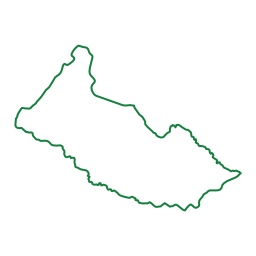 map outline of Caquetá (orthographic projection)
{"feature_id": "COL-1403", "entity_name": "Caquetá", "entity_type": "Intendancy", "adm_level": 1, "iso_a3": "COL", "parent_name": "Colombia", "parent_adm1": "", "projection": "orthographic", "projection_center": [-73.824, 1.133], "detail": "fine", "context": "isolated", "style": "outline", "palette": "green", "viewbox_px": 256, "rotation_deg": 0, "n_neighbors": 0, "source": "natural_earth", "source_scale": "10m", "svg_char_len": 5429}
<svg xmlns="http://www.w3.org/2000/svg" viewBox="0 0 256 256"><path d="M67.1,65.0L68.6,64.5L72.5,61.5L74.0,59.8L74.3,59.0L74.0,57.7L73.0,56.6L71.9,55.9L71.5,54.8L71.7,53.9L72.3,52.5L73.2,50.9L75.2,48.3L77.0,46.7L77.6,46.1L78.0,45.9L78.8,45.7L83.3,47.1L85.4,47.4L86.3,47.6L87.1,48.1L87.7,48.7L88.1,49.3L89.4,52.7L90.1,53.7L91.0,54.5L91.8,55.2L92.4,56.1L92.4,57.7L89.9,67.7L89.6,70.0L89.5,71.4L89.7,73.0L90.1,74.3L90.9,75.5L93.6,78.5L94.3,79.5L94.8,80.5L94.8,81.4L94.5,82.2L93.8,83.2L92.8,84.2L92.0,85.4L91.5,86.8L91.5,88.3L91.9,90.4L92.9,92.6L94.4,94.6L96.2,95.8L123.1,105.3L124.4,105.4L126.1,105.5L130.4,105.1L134.1,105.7L134.4,107.0L134.5,107.6L139.1,114.2L139.9,115.0L142.2,116.8L142.8,117.5L143.5,118.8L144.1,119.6L144.6,120.3L145.1,121.8L145.2,122.4L145.2,123.5L145.4,124.5L147.7,127.1L152.2,131.2L153.5,132.7L155.1,133.2L155.6,133.6L156.0,134.1L156.2,134.8L156.7,135.5L157.5,136.1L158.5,136.7L160.9,137.5L161.8,137.4L162.5,137.3L163.2,137.1L163.8,136.7L164.2,136.4L164.8,135.3L165.8,134.6L166.8,133.5L167.5,132.9L168.9,132.3L169.5,131.9L169.8,131.4L169.9,130.7L170.0,130.2L169.8,129.4L169.9,128.9L170.2,128.1L170.4,127.3L170.5,126.9L171.1,126.1L171.4,126.0L171.8,125.9L172.2,125.8L172.5,125.6L172.6,125.2L172.9,125.1L173.5,125.3L174.2,125.7L174.8,126.5L175.5,127.1L176.5,125.5L176.5,125.1L177.6,124.9L178.1,124.8L179.6,125.4L180.3,125.8L181.6,126.9L185.3,129.3L186.4,129.7L187.9,129.9L188.5,130.2L190.6,132.1L191.0,132.8L191.2,133.7L191.3,135.1L191.5,135.8L191.7,136.4L192.2,136.8L192.9,136.8L193.5,137.1L193.9,137.9L194.0,139.3L194.2,139.6L194.7,139.8L195.2,139.7L195.5,139.3L195.8,139.3L196.2,140.2L196.1,140.9L195.9,141.7L195.8,142.5L196.3,142.9L197.6,143.4L198.0,143.8L198.8,145.6L199.2,145.9L202.2,146.2L203.1,146.3L205.1,147.1L205.5,147.4L205.7,147.8L205.9,148.3L206.0,148.7L206.4,149.0L208.3,149.2L209.1,149.6L209.6,150.6L209.8,152.4L210.2,153.2L210.9,153.7L211.2,153.6L211.4,153.2L211.7,153.0L212.5,153.5L213.0,154.2L213.3,154.9L213.3,155.6L212.8,156.2L212.8,157.3L214.3,158.4L216.1,159.5L217.1,160.4L217.0,161.1L216.8,161.9L216.6,162.6L216.9,163.2L217.6,163.2L218.9,162.2L219.6,162.4L220.1,163.2L220.4,164.0L221.0,164.6L222.0,165.0L222.5,165.4L223.5,167.0L224.0,167.6L228.6,169.7L230.9,171.2L231.4,171.2L231.9,170.9L232.6,170.7L233.1,170.7L233.8,171.0L234.2,171.1L234.7,171.0L236.2,170.6L236.6,170.7L237.7,171.4L239.3,171.9L240.6,173.2L237.6,176.2L235.3,177.6L226.9,181.2L224.0,183.2L222.3,185.2L221.8,187.1L221.1,188.5L220.2,189.5L218.7,190.1L217.0,190.4L210.8,190.4L209.4,190.5L208.3,191.1L206.6,192.7L204.1,194.1L203.5,194.8L202.1,197.1L201.2,198.2L200.2,199.3L199.4,200.5L199.1,201.9L199.1,203.5L199.2,204.8L199.2,205.1L199.0,205.9L198.4,206.5L197.3,207.4L195.3,207.8L193.7,206.8L192.3,205.4L190.9,204.5L189.7,205.0L188.3,206.2L186.1,208.7L185.5,209.7L185.1,210.3L184.4,210.3L183.2,209.8L182.1,209.1L177.3,205.2L176.0,204.7L174.7,204.9L173.0,206.0L169.9,206.6L164.8,203.2L162.0,205.1L161.0,206.2L159.9,206.5L158.7,206.5L157.2,206.9L155.4,206.7L153.6,205.4L151.9,203.7L150.4,202.6L149.6,202.3L149.2,202.4L148.8,202.8L148.0,203.2L147.0,203.4L145.0,203.3L143.0,203.5L139.6,202.9L139.0,202.6L138.6,202.0L138.1,200.6L137.7,200.3L137.2,200.2L136.7,200.3L136.2,200.3L135.8,200.2L135.7,200.1L135.5,199.9L135.4,199.6L135.6,198.8L135.5,198.4L135.2,198.2L134.7,198.1L133.1,197.2L132.3,196.8L131.7,196.8L130.4,197.5L129.8,197.8L129.0,197.8L125.5,197.1L122.0,196.1L119.8,195.2L118.8,194.5L117.4,192.8L114.9,190.9L114.1,190.5L113.3,190.7L112.6,191.1L111.7,191.0L111.4,190.7L111.2,189.8L111.0,189.5L110.6,189.3L110.3,189.3L110.1,189.3L109.6,189.3L109.2,189.4L108.8,189.6L108.5,189.7L108.0,189.4L107.6,189.0L107.4,188.6L107.0,187.2L107.0,186.9L106.9,186.5L106.6,186.1L106.2,185.7L104.5,184.9L103.6,184.7L102.0,185.3L101.3,185.3L100.9,184.8L100.8,184.1L100.6,183.4L99.9,183.1L99.2,183.3L98.7,184.7L98.1,185.0L97.3,184.9L96.9,184.6L96.5,184.4L95.7,184.6L95.0,184.7L94.0,184.6L93.2,184.3L92.5,183.9L92.3,183.5L92.0,182.5L91.7,182.2L91.4,182.0L91.0,182.0L90.7,182.0L90.0,181.9L89.6,181.9L89.3,181.8L89.1,181.1L89.0,180.4L88.9,180.0L88.4,179.0L88.4,178.7L88.7,178.4L89.3,177.2L89.5,176.9L89.4,176.7L88.5,176.4L87.9,175.9L88.0,175.4L88.4,174.9L88.7,174.3L88.4,172.5L87.3,171.1L85.7,170.3L80.6,169.3L77.7,167.7L75.8,167.1L75.4,166.6L75.2,165.0L74.6,163.0L74.5,162.3L74.7,159.3L74.2,158.0L72.5,157.7L71.6,157.9L71.2,158.0L70.8,157.9L70.6,157.6L70.5,156.9L70.4,156.6L69.7,156.3L69.3,156.3L68.1,156.8L66.6,157.2L65.6,156.8L64.9,155.9L64.3,154.3L64.2,153.5L64.5,152.0L64.4,151.3L64.1,150.5L63.1,149.2L62.7,148.5L62.6,148.1L62.7,147.2L62.6,146.7L62.2,146.3L61.7,146.0L60.6,145.5L59.7,145.3L57.1,145.6L53.3,145.4L51.5,144.7L48.7,141.8L46.9,140.9L44.9,140.7L41.7,140.9L40.9,140.9L40.1,140.6L39.3,140.1L38.4,139.6L36.6,139.5L35.8,139.0L33.3,136.1L32.8,135.0L32.7,134.3L32.7,133.7L32.5,133.1L31.8,132.6L31.1,132.4L29.4,132.6L28.5,132.5L27.3,132.0L26.7,131.9L26.1,132.0L21.6,128.0L21.1,127.9L19.4,128.2L17.3,127.8L16.5,127.3L16.0,126.7L15.4,125.6L15.4,125.1L15.9,119.2L16.0,118.6L16.9,117.4L17.2,116.7L17.5,115.2L18.5,112.9L20.6,109.7L21.4,108.5L22.2,107.9L25.1,108.4L27.4,108.5L28.5,108.6L29.7,108.5L30.6,108.0L31.4,107.2L32.2,106.3L33.0,105.5L35.4,103.8L36.0,103.2L36.6,102.1L37.5,101.0L40.5,97.8L42.7,94.8L45.7,90.3L49.2,87.2L52.6,81.7L54.0,79.4L55.0,77.5L56.0,76.7L58.1,75.2L58.6,74.9L60.3,73.1L60.9,72.1L61.5,70.8L63.0,65.7L63.6,64.6L64.2,64.1L64.7,63.9L65.2,64.1L66.5,64.8L67.1,65.0Z" fill="none" stroke="#15803d" stroke-width="2"/></svg>